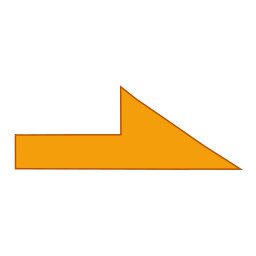 outline of Bir Moghrein, Tiris Zemmour, Mauritania
{"feature_id": "47542326B49457561972338", "entity_name": "Bir Moghrein", "entity_type": "district", "adm_level": 2, "iso_a3": "MRT", "parent_name": "Mauritania", "parent_adm1": "Tiris Zemmour", "projection": "mercator", "projection_center": [-8.377, 26.182], "detail": "fine", "context": "isolated", "style": "filled", "palette": "amber", "viewbox_px": 256, "rotation_deg": 0, "n_neighbors": 0, "source": "geoboundaries", "source_scale": "gbopen_adm2", "svg_char_len": 282}
<svg xmlns="http://www.w3.org/2000/svg" viewBox="0 0 256 256"><path d="M186.1,169.2L193.0,169.1L240.6,169.2L203.5,145.5L168.4,121.2L135.5,98.6L120.7,86.8L120.9,134.8L78.0,134.8L23.6,135.0L15.4,134.9L15.5,168.7L186.1,169.2Z" fill="#f59e0b" stroke="#b45309" stroke-width="1.5"/></svg>